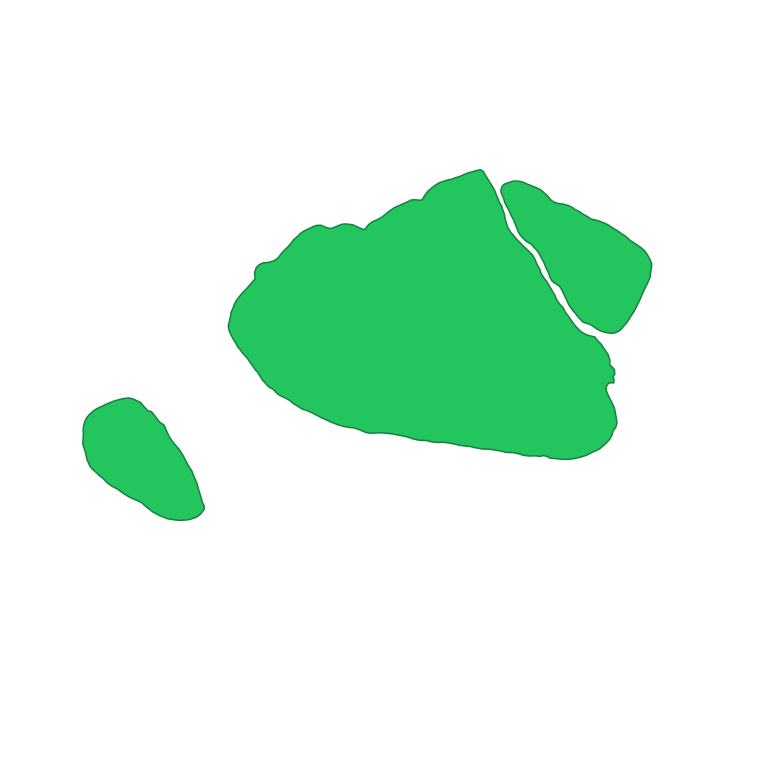 South Maalhosmadulu, Maldives, rotated 57°
{"feature_id": "70690204B34947259557359", "entity_name": "South Maalhosmadulu", "entity_type": "district", "adm_level": 2, "iso_a3": "MDV", "parent_name": "Maldives", "parent_adm1": "", "projection": "natural_earth1", "projection_center": [72.971, 5.094], "detail": "fine", "context": "isolated", "style": "filled", "palette": "green", "viewbox_px": 768, "rotation_deg": 57, "n_neighbors": 0, "source": "geoboundaries", "source_scale": "gbopen_adm2", "svg_char_len": 5227}
<svg xmlns="http://www.w3.org/2000/svg" viewBox="0 0 768 768"><g transform="rotate(57 384 384)"><path d="M554.1,252.6L554.6,247.3L555.9,238.5L554.6,229.7L553.1,224.3L551.0,220.7L548.1,217.4L546.4,212.9L543.4,209.8L538.7,207.6L534.8,205.9L529.7,203.9L523.6,203.0L519.2,202.5L514.5,202.0L510.0,201.0L507.1,198.7L505.5,195.1L507.0,192.4L508.2,190.7L505.9,188.8L502.8,188.1L501.6,185.3L497.5,182.9L493.5,183.5L491.2,184.3L487.1,181.6L481.2,180.0L473.6,180.2L469.3,180.1L462.8,181.4L459.5,181.5L456.4,184.4L453.1,187.4L449.3,189.4L446.4,190.6L439.0,192.0L432.7,192.3L429.7,192.3L422.4,192.8L417.6,192.2L412.3,193.2L407.6,193.3L402.7,192.4L397.7,192.2L391.3,191.8L386.5,191.8L381.9,192.1L377.1,192.1L372.8,190.9L366.5,190.4L360.5,189.3L355.8,189.3L351.0,190.3L345.2,191.8L340.9,192.7L335.0,193.9L329.9,194.5L326.3,195.0L320.6,195.1L316.5,193.9L311.7,192.6L307.0,190.5L302.3,189.5L298.6,188.3L294.1,188.4L292.3,187.7L288.2,187.1L284.9,186.4L282.9,185.9L278.7,185.5L273.7,185.4L270.5,185.4L267.1,185.2L264.1,185.3L261.6,185.1L259.8,185.0L257.2,186.1L256.7,186.6L254.8,192.0L253.4,196.6L252.4,200.4L251.8,203.8L250.9,208.6L249.7,212.5L249.2,215.3L248.0,218.4L246.6,222.8L245.6,226.9L245.2,230.1L245.3,233.5L245.6,237.8L246.2,241.9L247.3,245.2L248.3,247.8L249.5,249.8L250.1,252.8L247.9,255.7L246.4,257.6L244.5,260.8L244.1,264.6L242.1,277.4L241.7,279.8L242.0,286.2L242.5,290.6L242.9,294.6L242.7,298.0L242.2,301.9L241.6,305.4L241.8,309.4L242.9,313.0L243.8,315.0L244.0,315.7L242.6,317.7L240.8,318.8L237.5,320.9L233.3,323.6L229.0,328.8L227.1,332.3L225.9,338.0L225.2,342.7L223.1,345.9L219.2,348.6L216.5,350.4L214.0,354.7L213.3,359.0L212.4,365.0L212.1,368.8L212.2,372.0L213.1,376.0L213.8,381.1L215.2,384.9L216.7,390.2L217.5,394.5L218.7,399.3L220.0,402.3L220.7,405.4L220.7,409.4L219.3,414.1L218.3,416.1L216.5,419.7L216.0,424.1L216.8,427.8L220.1,431.8L223.8,433.9L225.4,434.2L226.6,438.3L228.3,444.1L229.4,448.3L230.2,452.1L231.3,455.9L233.6,462.4L235.7,466.2L238.2,469.5L241.0,473.7L243.4,475.7L247.4,479.7L250.6,483.1L254.3,484.6L258.7,485.5L263.3,486.0L266.8,486.0L269.7,486.1L273.9,486.5L276.1,486.0L280.8,485.8L283.2,485.3L286.7,484.9L288.8,484.5L291.7,484.6L294.7,484.4L302.3,484.2L305.1,483.6L308.7,483.6L314.3,483.8L321.6,482.6L324.8,481.8L327.3,480.1L331.4,479.2L334.5,478.6L338.7,476.5L342.6,474.0L346.8,471.9L351.0,470.7L355.8,468.4L360.3,466.4L364.4,463.0L369.1,460.0L377.4,455.3L381.8,452.5L387.5,448.9L393.2,444.8L397.6,441.0L401.5,436.8L404.9,432.7L409.7,429.0L414.5,425.8L417.7,422.5L422.5,414.3L427.3,407.9L430.9,403.7L434.7,399.7L437.8,396.5L441.9,392.6L445.6,389.8L450.0,385.5L454.7,379.0L458.6,375.4L462.0,371.3L464.8,366.5L468.7,361.8L472.6,357.8L475.9,354.6L478.6,351.7L483.8,345.3L486.7,342.7L490.0,339.1L492.5,336.4L495.6,331.8L498.5,328.4L500.6,326.1L504.2,322.2L507.9,318.8L512.2,312.7L516.2,308.8L519.7,306.0L523.4,301.6L526.6,296.3L529.9,292.3L530.7,289.3L533.9,286.5L536.3,285.4L540.5,280.2L544.7,275.0L547.3,270.9L549.9,265.8L551.9,260.3L553.0,256.9L554.1,252.6ZM467.5,157.0L467.0,154.5L466.1,151.8L464.9,147.3L463.1,142.9L461.4,139.6L459.9,135.8L457.8,132.1L455.5,128.1L453.3,124.4L451.2,121.2L449.7,119.1L446.8,114.5L444.3,110.3L442.8,107.8L441.5,105.8L438.8,102.0L437.0,100.7L433.7,97.9L431.4,95.7L428.5,93.9L423.8,93.0L419.3,92.7L414.2,92.9L409.7,94.2L403.4,96.8L397.7,99.3L391.6,101.0L387.0,103.0L382.5,104.8L378.4,106.9L372.6,109.4L369.3,111.3L362.8,116.2L358.5,120.5L355.0,121.9L350.7,124.2L347.7,125.5L344.8,126.8L342.2,128.5L339.2,129.6L335.3,131.8L331.6,134.9L329.1,137.6L326.9,140.1L323.9,142.4L321.2,143.7L317.4,144.1L314.1,144.7L311.0,145.5L307.9,146.4L304.5,147.9L302.3,149.4L297.0,153.0L294.4,155.1L290.5,157.4L287.7,160.1L285.4,163.1L283.9,165.8L283.3,168.5L282.8,170.6L282.4,172.5L281.9,174.2L282.4,176.7L283.6,178.8L285.9,180.9L287.5,181.5L290.1,182.1L293.4,182.6L297.8,183.9L301.1,184.3L306.2,184.6L312.3,185.6L318.0,186.1L324.0,187.4L328.9,188.4L332.8,188.7L339.8,187.6L343.9,186.0L347.2,184.3L354.1,183.3L357.2,182.8L364.2,183.4L368.5,183.6L373.8,184.7L380.8,185.6L384.0,186.5L387.0,186.8L389.4,187.0L391.7,186.2L394.4,184.9L397.4,183.6L400.3,183.5L403.7,183.8L407.1,184.4L411.0,184.8L415.6,185.5L418.0,185.8L421.6,185.8L424.6,185.7L428.0,185.1L431.5,184.9L435.7,184.3L440.7,183.3L444.2,180.2L447.9,177.8L453.6,175.6L456.9,173.8L460.4,171.1L463.1,168.4L465.2,165.8L466.7,162.9L467.4,160.4L467.5,157.0ZM393.6,612.5L392.9,607.7L391.1,603.0L387.8,601.1L385.0,600.8L383.3,600.6L381.8,599.9L375.6,598.1L370.3,596.6L365.6,595.0L357.2,593.6L352.3,592.5L347.5,592.6L341.2,592.1L335.0,591.5L327.2,591.4L321.7,592.2L315.9,592.8L310.4,592.7L305.9,592.1L299.0,590.8L293.1,593.1L287.2,593.4L280.7,594.1L277.5,596.7L272.0,597.6L266.6,598.3L262.8,600.8L259.8,602.6L256.9,605.5L254.6,609.7L252.8,614.6L251.3,619.5L250.1,625.2L249.0,633.0L248.3,637.9L248.3,642.2L249.2,648.1L250.3,651.6L252.8,655.7L255.4,658.7L258.7,661.4L261.9,663.1L267.7,667.5L271.0,669.6L276.6,671.0L280.8,672.4L285.4,674.2L292.4,675.3L295.5,675.2L300.3,673.9L305.8,672.6L310.0,671.1L315.6,670.1L321.7,667.8L326.9,664.8L334.5,661.9L340.5,659.0L345.5,655.7L351.1,652.1L357.5,650.3L365.4,647.6L371.9,644.0L379.1,639.0L383.6,634.0L387.5,629.1L391.2,622.3L393.1,616.1L393.6,612.5Z" fill="#22c55e" stroke="#15803d" stroke-width="1.5"/></g></svg>